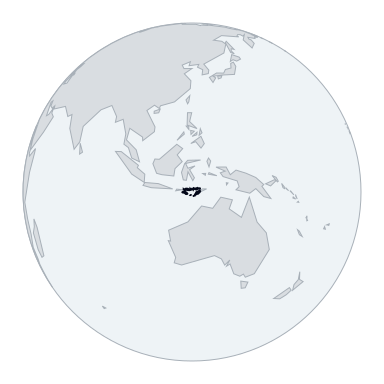 globe centered on Nusa Tenggara Timur
{"feature_id": "IDN-1235", "entity_name": "Nusa Tenggara Timur", "entity_type": "Province", "adm_level": 1, "iso_a3": "IDN", "parent_name": "Indonesia", "parent_adm1": "", "projection": "orthographic", "projection_center": [122.339, -9.496], "detail": "fine", "context": "on_globe", "style": "filled", "palette": "ink", "viewbox_px": 384, "rotation_deg": 0, "n_neighbors": 0, "source": "natural_earth", "source_scale": "10m", "svg_char_len": 10623}
<svg xmlns="http://www.w3.org/2000/svg" viewBox="0 0 384 384"><circle cx="192" cy="192" r="169" fill="#eef3f6" stroke="#a8b0b8"/><path d="M329.2,223.8L329.0,225.1L328.8,225.2L329.2,223.8ZM285.5,51.2L286.0,51.7L284.0,50.3L285.5,51.2ZM271.7,43.0L271.2,42.8L268.8,41.5L271.7,43.0ZM350.3,134.3L348.9,130.5L350.0,133.1L350.3,134.3ZM347.8,128.2L348.3,129.5L347.9,128.4L347.8,128.2ZM347.3,127.4L347.7,128.0L347.4,127.6L347.3,127.4ZM346.8,126.7L347.0,126.9L347.0,127.0L346.8,126.7ZM345.5,124.6L345.1,124.0L345.2,123.8L345.5,124.6ZM271.6,43.0L272.7,43.6L271.0,42.7L271.6,43.0ZM263.2,38.8L260.2,37.5L262.9,38.6L263.2,38.8ZM258.1,36.6L250.6,33.8L252.4,34.7L243.2,31.1L252.6,34.3L255.7,35.5L258.1,36.6ZM239.4,29.8L237.2,29.2L239.0,29.7L239.4,29.8ZM67.0,78.3L67.2,78.2L69.3,75.9L69.5,75.7L79.0,66.4L89.3,57.8L100.2,50.2L111.7,43.4L123.6,37.5L136.0,32.6L136.6,32.4L138.8,31.7L140.7,31.0L141.1,31.3L142.7,30.7L143.2,30.4L146.7,29.3L153.0,27.6L152.7,27.8L150.4,28.4L145.3,30.3L139.2,32.3L139.8,32.3L145.0,30.6L151.3,28.2L155.1,27.2L152.8,28.0L153.9,27.6L155.8,27.2L157.4,27.1L160.3,26.2L180.9,23.5L186.1,23.7L181.7,24.3L195.9,24.3L200.6,25.6L201.1,25.1L208.2,25.5L206.8,25.1L207.5,25.0L225.1,27.2L229.0,28.3L237.1,29.9L237.3,29.8L234.8,29.0L243.2,31.1L252.4,34.7L251.4,34.6L257.8,37.4L254.6,37.1L255.0,38.5L247.9,37.3L248.8,39.0L251.2,40.0L254.2,43.4L252.1,48.0L243.2,39.9L244.3,34.6L242.9,36.1L240.1,34.6L237.6,34.6L236.9,36.1L238.8,36.9L221.5,35.6L213.6,40.2L221.8,41.3L225.8,44.1L223.9,53.0L203.8,64.1L208.8,70.1L208.3,73.6L202.1,74.9L202.7,69.7L197.5,67.2L198.8,64.4L189.1,65.7L190.4,61.7L182.2,65.1L184.0,68.6L192.0,68.5L184.3,73.8L190.9,80.7L190.3,88.6L174.5,101.9L160.5,105.8L159.3,108.5L154.5,105.2L146.9,110.5L155.0,126.9L154.4,131.7L142.7,140.7L142.6,137.1L129.8,128.3L126.5,139.9L136.2,149.8L139.5,161.8L131.7,158.0L128.4,147.6L123.9,144.2L125.8,133.9L123.2,119.3L115.4,122.3L116.6,116.5L111.9,105.5L101.0,109.8L83.2,126.4L79.8,141.8L74.1,149.3L69.8,128.4L72.0,114.5L67.8,116.5L65.5,106.4L54.1,109.0L54.8,105.8L52.2,108.2L50.9,106.0L52.9,100.9L51.1,102.2L46.5,115.7L48.7,114.5L53.8,107.7L51.8,113.0L53.3,116.8L43.4,132.3L30.2,150.3L32.8,139.1L39.6,119.1L45.3,108.2L51.8,97.7L59.1,87.7L67.0,78.3ZM36.7,125.3L35.8,127.5L32.5,136.4L30.0,151.1L29.3,153.2L29.6,156.0L35.5,148.5L34.7,152.4L29.5,172.4L24.8,202.3L27.7,219.3L31.2,234.6L33.2,247.3L38.0,258.7L39.8,264.2L43.2,271.0L47.5,279.1L52.6,287.5L46.1,277.2L40.4,266.5L35.4,255.5L31.3,244.0L27.9,232.4L25.5,220.5L23.8,208.5L23.1,196.3L23.2,184.2L24.2,172.1L26.1,160.1L28.8,148.3L32.4,136.7L36.7,125.3ZM63.9,84.0L66.9,83.1L72.4,75.5L74.0,74.8L75.3,72.7L72.8,75.0L77.0,69.5L80.7,66.7L83.9,63.7L83.1,63.9L75.5,70.1L69.4,77.7L65.8,81.4L63.9,84.0ZM102.3,306.1L105.8,308.0L104.2,308.6L102.3,306.1ZM37.1,227.4L43.9,255.8L42.0,257.3L38.2,249.7L33.4,232.9L34.3,226.8L33.9,218.9L37.1,227.4ZM182.2,192.2L187.5,193.4L187.3,194.2L182.2,192.2ZM176.7,189.1L182.6,189.7L175.7,190.8L176.7,189.1ZM185.0,190.0L191.0,188.9L193.6,187.9L193.2,189.5L185.0,190.0ZM172.7,188.9L151.3,187.7L143.0,185.4L144.9,182.5L158.3,183.6L172.7,188.9ZM144.2,182.4L131.7,174.1L115.5,151.4L121.3,151.6L138.4,165.3L137.3,167.7L144.8,174.2L144.2,182.4ZM175.0,168.6L173.8,176.0L161.9,174.7L156.6,173.3L152.9,163.7L154.9,159.0L159.3,159.3L176.8,144.3L182.7,148.6L177.2,154.9L182.2,161.6L175.0,168.6ZM80.2,143.2L82.5,152.2L79.6,154.1L80.2,143.2ZM184.3,134.1L177.0,140.3L183.8,131.9L184.3,134.1ZM188.7,126.2L188.9,129.5L186.2,126.1L188.7,126.2ZM158.7,112.8L154.1,113.4L154.2,111.2L160.2,109.1L158.7,112.8ZM189.8,95.6L188.8,101.8L187.6,103.8L186.0,99.9L189.8,95.6ZM178.2,23.7L181.2,23.4L182.4,23.4L181.8,23.4L178.2,23.7ZM180.6,23.4L178.3,23.6L177.9,23.6L180.6,23.4ZM289.4,287.6L291.2,290.2L286.3,294.7L279.7,298.8L273.7,298.5L289.4,287.6ZM241.2,288.3L240.8,281.1L247.9,282.1L245.2,287.8L241.2,288.3ZM294.0,284.6L298.3,279.6L299.8,271.7L299.5,279.4L303.1,281.6L292.6,290.3L294.0,284.6ZM214.5,255.6L181.6,265.0L174.2,262.8L175.7,257.4L168.3,240.6L170.6,241.1L168.6,230.2L187.9,221.9L201.6,206.0L212.7,208.3L220.8,197.2L232.4,199.8L229.2,208.9L241.4,217.4L249.3,197.1L257.1,222.1L266.3,232.8L269.3,249.5L254.3,273.7L245.3,277.2L243.4,274.1L239.8,276.2L233.8,273.8L230.1,264.0L226.5,266.2L229.8,260.0L224.7,265.1L221.4,258.9L214.5,255.6ZM297.5,229.7L299.3,231.1L302.2,236.5L299.4,234.7L297.5,229.7ZM324.6,226.6L325.4,229.2L323.6,228.8L324.6,226.6ZM328.8,225.2L326.6,224.9L329.2,223.8L328.8,225.2ZM306.7,218.6L307.6,220.5L306.8,220.8L306.7,218.6ZM305.9,217.8L307.0,215.8L306.9,218.2L305.9,217.8ZM297.3,202.1L298.3,201.3L298.8,202.3L297.3,202.1ZM195.3,194.2L202.5,188.9L206.6,188.9L195.3,194.2ZM295.7,199.1L292.9,198.0L293.2,196.9L295.7,199.1ZM295.8,196.3L295.5,194.5L297.2,199.0L295.8,196.3ZM290.6,190.9L293.9,194.9L290.2,191.1L290.6,190.9ZM288.6,190.7L286.2,188.7L286.3,188.3L288.6,190.7ZM261.9,186.3L270.9,198.5L263.8,196.6L255.8,188.6L249.8,193.2L236.0,189.8L239.1,186.7L237.2,180.9L223.1,176.6L220.3,172.8L225.2,171.1L216.0,167.1L226.1,167.0L230.3,174.7L236.0,170.1L246.0,173.2L255.8,177.5L263.8,184.6L261.9,186.3ZM226.3,182.7L228.0,183.0L226.5,184.9L226.3,182.7ZM281.6,183.4L285.1,187.9L284.7,188.7L283.0,187.7L281.6,183.4ZM265.6,183.8L274.2,179.8L276.2,180.5L270.6,185.9L265.6,183.8ZM272.1,175.5L276.1,177.3L278.3,181.2L277.4,181.9L272.1,175.5ZM205.7,173.4L205.3,175.3L202.7,173.5L205.7,173.4ZM209.0,172.6L216.9,175.7L208.3,174.2L209.0,172.6ZM185.6,163.5L187.9,168.2L195.0,165.9L189.6,169.7L194.4,177.8L192.8,180.6L188.0,171.8L186.4,180.3L183.3,179.9L181.5,172.4L184.6,163.7L187.7,160.3L200.6,160.0L185.6,163.5ZM209.0,166.9L206.9,161.3L208.5,158.0L210.7,161.0L209.0,166.9ZM201.0,148.1L195.7,141.7L190.8,143.5L200.9,136.3L204.3,143.6L201.0,148.1ZM196.8,134.8L192.1,136.4L197.0,132.2L196.8,134.8ZM191.0,134.4L190.7,130.4L194.3,131.2L191.0,134.4ZM199.1,135.3L200.3,128.7L202.0,132.8L199.1,135.3ZM189.6,121.6L197.0,128.6L187.1,125.0L187.5,112.7L191.7,112.7L189.6,121.6ZM218.3,78.9L217.7,76.0L221.8,75.9L221.1,77.9L218.3,78.9ZM234.5,74.4L222.7,75.0L213.1,76.2L215.7,77.9L213.0,82.5L209.4,77.4L216.6,73.0L223.7,73.1L225.4,69.5L231.0,68.0L230.7,63.4L233.3,62.1L235.8,66.4L234.5,74.4ZM230.3,61.5L231.7,54.6L239.1,57.1L240.5,59.1L236.7,61.1L233.0,59.7L230.3,61.5ZM234.3,53.8L230.7,52.5L225.4,42.7L226.2,41.3L234.1,49.4L231.2,48.7L231.2,50.9L234.3,53.8ZM237.6,29.3L237.3,29.2L238.9,29.7L237.6,29.3ZM206.6,24.7L207.9,24.6L209.7,25.0L206.6,24.7ZM212.4,24.7L209.4,24.4L212.7,24.7L212.4,24.7ZM202.7,23.8L208.3,24.2L202.9,24.0L202.7,23.8Z" fill="#d9dde1" stroke="#a8b0b8" stroke-width="1"/><path d="M194.0,188.4L194.0,188.6L193.6,188.7L193.6,188.9L193.4,188.8L193.4,189.0L193.5,189.2L193.5,189.3L193.4,189.4L192.7,189.6L192.3,189.8L191.7,189.8L191.5,189.7L191.3,189.7L191.0,190.0L190.7,190.1L190.4,190.2L190.2,190.2L190.0,190.3L189.9,190.1L189.3,189.9L189.2,190.0L189.1,190.3L188.7,190.2L188.3,190.4L188.1,190.4L187.8,190.3L187.6,190.0L187.4,190.2L187.2,190.1L186.9,189.9L186.3,190.0L186.1,190.1L185.9,190.0L185.7,189.9L185.1,190.0L184.9,190.2L184.7,190.0L184.6,189.8L184.6,189.3L184.8,189.1L184.8,188.8L184.9,189.0L185.1,188.9L185.3,188.7L185.5,188.8L185.5,188.6L185.8,188.5L186.0,188.4L186.3,188.4L186.5,188.4L186.9,188.4L187.3,188.6L187.5,188.5L187.8,188.6L188.0,188.6L188.2,188.8L188.9,189.0L189.2,189.3L189.3,189.3L189.5,189.3L189.8,189.3L189.8,189.2L190.1,189.1L190.3,189.0L190.5,189.0L190.9,188.9L191.1,188.8L191.1,189.0L191.4,189.2L191.7,189.4L191.9,189.5L192.4,189.3L192.5,189.2L192.4,189.1L192.6,188.9L192.8,188.8L193.2,188.7L193.4,188.5L193.6,188.4L193.8,188.2L193.6,188.1L193.3,188.3L193.2,188.3L193.2,188.2L193.3,188.0L193.5,187.8L193.9,188.0L194.0,188.4ZM197.6,192.0L197.8,191.9L197.8,191.7L198.1,191.4L198.1,191.1L198.6,191.0L198.8,190.9L199.0,190.7L199.4,190.5L199.5,190.5L199.6,190.8L199.9,190.7L200.0,190.5L200.2,191.1L199.8,191.1L199.7,191.1L199.6,191.4L199.8,191.6L199.9,192.0L199.7,192.1L199.7,192.5L199.3,192.8L199.0,193.1L198.4,193.6L198.3,193.8L198.0,194.0L197.9,194.0L197.2,194.0L196.9,194.3L196.6,194.4L196.2,194.6L195.8,194.5L195.7,194.6L195.3,194.6L195.3,194.4L195.3,194.2L195.5,194.0L196.1,193.8L196.1,193.7L195.9,193.6L195.7,193.7L195.6,193.3L195.8,193.1L195.8,192.9L195.9,192.7L195.9,192.3L196.1,192.2L196.4,192.0L196.8,191.6L197.1,191.8L197.3,191.7L197.6,191.8L197.6,192.0ZM187.5,193.4L187.6,193.5L187.6,193.8L187.3,194.1L187.0,194.2L186.8,194.2L186.6,194.3L186.4,194.3L185.9,194.2L185.7,194.2L185.4,193.9L185.3,193.6L185.1,193.5L185.0,193.4L184.9,193.4L184.6,193.2L184.3,193.1L184.1,192.9L183.6,192.8L183.3,192.8L182.8,192.8L182.6,192.7L182.4,192.6L182.1,192.2L182.4,191.9L182.8,191.7L183.1,191.7L183.4,191.7L183.6,191.6L183.8,191.7L184.1,191.6L184.3,191.7L184.6,191.7L185.1,191.4L185.1,191.5L185.5,191.9L185.6,192.0L185.7,191.9L185.9,192.0L185.9,192.4L186.0,192.4L186.2,192.5L186.3,192.4L186.6,192.4L186.7,192.6L186.9,192.7L187.2,193.2L187.5,193.4ZM200.2,188.3L200.2,188.6L199.1,188.8L198.8,188.8L198.4,188.9L198.1,189.0L198.0,188.9L197.9,189.0L197.8,188.8L198.0,188.7L198.2,188.4L198.3,188.4L198.1,188.4L198.2,188.0L198.5,188.0L198.9,188.1L199.5,188.1L199.8,188.1L200.0,188.1L200.2,188.3ZM196.6,188.3L196.2,188.5L195.9,188.9L195.6,189.0L195.6,189.3L195.4,189.1L195.3,189.3L195.1,189.3L194.9,189.2L194.7,189.2L195.0,188.8L195.3,188.6L195.0,188.5L195.0,188.4L195.3,188.4L195.6,188.3L195.4,188.6L195.5,188.7L195.8,188.5L195.8,188.3L196.0,188.3L196.3,188.1L196.6,188.3ZM194.9,195.2L195.1,195.3L195.1,195.5L194.9,195.5L194.6,195.7L194.6,195.8L193.9,196.0L193.5,196.2L193.4,196.1L193.4,195.8L193.7,195.7L194.1,195.6L194.2,195.4L194.4,195.3L194.5,195.2L194.9,194.9L195.0,194.8L195.0,195.0L194.9,195.2ZM197.7,188.3L197.7,188.5L197.4,189.0L197.0,189.2L196.9,188.9L196.6,189.0L196.6,188.9L196.8,188.6L197.0,188.5L197.3,188.6L197.6,188.1L197.7,188.3ZM194.9,188.4L194.9,188.7L194.8,188.8L194.4,188.7L194.0,188.8L194.0,188.7L194.4,188.3L194.6,188.3L194.9,188.4ZM190.7,194.8L191.0,194.8L191.0,195.0L190.7,195.3L190.2,195.2L190.5,194.9L190.7,194.8ZM183.9,189.1L184.0,189.3L183.9,189.3L183.7,189.3L183.6,189.5L183.6,189.8L183.4,189.8L183.4,189.6L183.4,189.3L183.5,189.3L183.5,189.2L183.5,188.9L183.6,189.0L183.9,189.0L183.9,189.1ZM194.4,188.8L194.5,188.9L194.4,189.0L193.9,189.1L193.7,189.4L193.7,189.1L193.9,188.9L194.4,188.8ZM195.2,193.9L195.4,194.0L195.2,194.2L195.1,194.4L195.1,194.5L195.0,194.4L194.9,194.5L194.8,194.3L195.0,194.0L195.2,193.9ZM184.4,189.4L184.6,189.5L184.4,189.6L184.5,189.6L184.3,189.7L184.3,189.8L184.3,190.0L184.2,189.9L184.1,189.7L184.1,189.4L184.2,189.6L184.3,189.6L184.4,189.4ZM192.1,188.9L192.2,189.0L192.0,188.9L192.1,188.9ZM190.2,188.4L190.3,188.5L190.2,188.6L190.2,188.4ZM189.8,195.3L190.0,195.3L189.9,195.3L189.6,195.3L189.8,195.3Z" fill="#0f172a" stroke="#020617" stroke-width="1.5"/></svg>